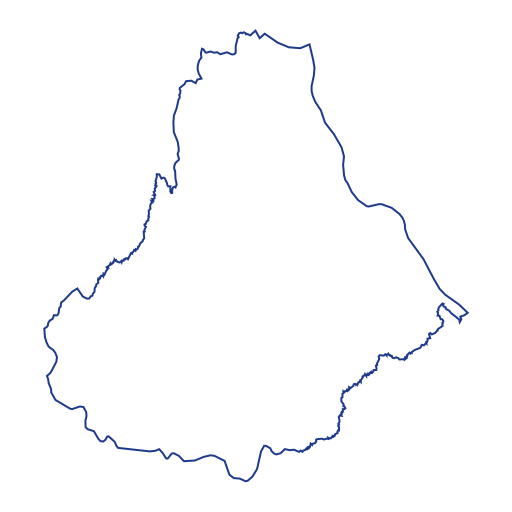 outline of Don Tan, Mukdahan, Thailand
{"feature_id": "78962969B20953711752663", "entity_name": "Don Tan", "entity_type": "district", "adm_level": 2, "iso_a3": "THA", "parent_name": "Thailand", "parent_adm1": "Mukdahan", "projection": "equal_earth", "projection_center": [104.826, 16.311], "detail": "fine", "context": "isolated", "style": "outline", "palette": "blue", "viewbox_px": 512, "rotation_deg": 0, "n_neighbors": 0, "source": "geoboundaries", "source_scale": "gbopen_adm2", "svg_char_len": 6012}
<svg xmlns="http://www.w3.org/2000/svg" viewBox="0 0 512 512"><path d="M467.7,312.8L459.0,304.5L445.2,294.7L439.7,289.0L433.9,279.1L423.5,259.2L408.1,238.0L405.2,229.5L404.9,225.0L404.0,221.1L402.6,218.0L399.5,214.0L391.6,207.8L381.6,204.2L378.7,204.2L368.8,206.5L366.8,206.2L358.2,200.2L351.7,192.0L347.3,182.6L345.5,180.4L344.1,175.7L343.1,164.9L344.0,156.4L341.5,147.2L334.0,134.3L325.0,122.6L320.9,110.4L315.3,101.9L312.8,96.0L311.6,91.0L311.6,86.1L313.9,75.3L314.5,67.9L313.1,59.6L309.5,44.4L300.3,48.2L288.8,47.3L277.8,42.7L264.7,33.7L259.7,38.2L255.5,30.7L250.2,35.4L247.5,34.0L246.0,34.3L245.6,33.1L243.7,32.3L242.4,33.2L240.9,32.6L239.1,33.3L237.7,35.7L238.7,37.2L237.6,38.1L235.7,46.1L235.7,52.7L234.1,54.3L231.8,54.4L227.0,52.3L220.3,54.2L217.3,52.3L214.0,52.7L210.7,51.5L206.3,52.7L205.3,52.2L203.5,49.4L202.0,48.8L200.9,53.4L201.4,57.6L199.3,60.5L198.5,62.8L197.8,65.2L197.6,69.2L198.7,73.5L201.5,78.6L197.3,79.6L195.7,83.1L191.3,80.7L186.0,81.2L184.7,84.0L179.9,87.8L179.6,89.3L180.5,90.7L180.1,93.6L179.2,95.0L179.8,96.3L179.5,98.2L178.5,99.6L176.6,108.3L173.9,115.6L173.4,122.2L173.8,132.1L177.8,142.1L178.7,148.4L178.7,151.0L177.6,154.0L178.9,158.5L178.8,159.8L175.5,162.9L174.2,166.2L174.2,168.8L175.1,171.0L175.5,178.8L176.7,184.3L175.5,187.4L174.6,186.7L173.1,187.3L172.2,189.7L172.2,192.9L171.3,193.1L170.3,191.5L170.4,186.3L168.4,186.4L167.5,185.5L166.9,182.9L164.8,178.3L163.3,177.6L161.4,178.6L159.3,174.4L156.8,174.2L156.8,176.9L155.5,181.4L156.3,182.8L155.4,184.0L156.4,185.6L155.4,185.9L156.1,186.9L154.7,188.5L155.1,190.8L153.7,192.0L154.9,194.5L153.7,195.1L154.9,195.6L154.3,196.2L154.6,198.0L153.8,199.0L152.2,199.0L153.5,201.0L152.7,201.8L151.6,201.3L152.3,202.6L150.9,203.4L150.1,206.3L150.5,208.7L148.7,210.7L148.9,214.8L148.3,216.1L149.0,216.9L148.2,218.7L148.4,220.4L146.6,221.3L145.8,223.9L144.5,224.4L144.6,225.6L145.9,226.9L144.3,230.1L144.7,231.5L143.7,231.8L144.2,238.3L142.8,240.1L142.7,241.2L140.3,243.3L139.0,246.5L138.1,246.6L137.8,248.6L136.3,249.7L135.7,249.3L135.4,250.8L134.2,250.0L133.1,252.2L131.7,252.8L131.9,253.7L130.8,253.4L128.0,259.2L127.1,258.2L125.5,258.5L125.4,259.3L124.2,259.1L123.7,260.7L122.2,260.4L121.7,262.1L121.3,261.1L119.7,262.5L116.8,261.5L116.2,260.2L115.6,260.7L114.8,259.7L114.8,260.6L113.9,260.5L113.3,262.7L112.6,262.6L111.6,264.3L110.9,264.5L110.4,263.5L109.7,265.2L107.6,266.5L108.2,267.6L106.8,267.5L107.6,269.3L106.2,270.8L104.5,274.6L103.5,273.7L103.3,275.9L102.9,275.2L101.9,276.2L101.2,275.7L100.3,276.7L100.1,278.3L98.6,278.3L98.8,279.3L98.1,279.3L98.0,280.2L98.3,282.8L96.2,284.5L96.2,285.9L94.7,288.0L94.5,291.7L92.9,293.8L92.3,295.8L90.7,296.3L89.2,298.5L87.0,298.6L82.9,296.6L77.3,288.5L72.2,291.7L64.0,300.4L61.2,302.4L60.6,306.7L59.3,308.0L58.6,313.0L57.7,314.8L56.6,315.5L54.0,315.1L52.6,318.9L49.7,320.6L48.1,323.2L47.8,325.6L47.0,326.8L44.3,328.6L44.9,337.0L46.6,342.6L48.7,346.7L53.1,349.9L55.2,352.6L57.0,357.1L56.3,361.8L51.9,370.3L50.4,372.9L47.0,375.9L48.0,378.6L48.8,383.4L51.0,388.8L51.3,392.5L55.5,400.0L70.0,408.6L72.1,409.1L79.8,406.5L83.4,407.0L86.2,412.0L86.5,416.1L85.4,420.8L85.6,427.1L87.6,429.2L93.9,431.2L98.2,438.6L100.5,441.2L103.2,441.5L105.5,439.7L107.2,436.6L108.6,436.3L114.9,442.0L116.2,445.5L118.1,447.9L149.8,451.4L155.2,450.8L159.2,449.2L162.7,453.0L166.1,458.4L167.7,458.6L171.7,453.5L173.9,453.3L178.9,455.9L184.0,461.2L194.9,460.5L204.0,456.8L210.5,455.3L214.4,455.8L224.6,460.9L229.4,474.7L233.8,478.1L239.8,478.6L245.8,481.3L247.8,480.7L252.4,476.6L256.4,470.2L257.3,468.0L261.0,451.5L264.2,445.8L266.1,445.9L270.3,448.3L271.6,451.2L274.4,453.7L276.3,454.4L280.6,453.2L284.9,449.1L289.9,450.2L293.9,449.7L299.1,451.9L300.6,450.6L302.5,451.8L303.2,450.5L305.1,450.1L306.0,448.8L306.7,449.2L307.1,448.2L307.6,448.8L308.2,448.1L307.6,447.8L308.0,446.9L308.9,446.8L309.2,447.8L310.0,446.8L310.7,443.7L312.1,444.9L312.4,443.8L314.9,443.3L316.2,441.5L316.1,439.7L317.0,439.2L321.7,438.7L324.2,439.5L326.5,438.6L328.0,438.9L328.1,437.9L328.9,438.8L329.4,438.2L330.9,438.3L332.8,435.7L333.6,435.8L333.6,436.6L334.6,436.0L335.1,434.2L337.6,433.0L337.4,431.9L338.1,430.4L339.0,430.5L339.1,427.1L338.3,426.4L338.4,424.9L339.0,424.6L338.4,423.7L339.2,422.8L339.5,420.8L338.8,416.8L339.9,415.5L341.6,415.8L340.9,414.4L341.6,414.0L341.4,412.7L342.3,412.5L342.0,411.7L342.9,411.4L342.8,409.1L344.5,409.1L345.4,408.2L344.4,406.4L343.4,406.3L343.6,404.3L341.4,401.4L341.3,398.0L342.5,397.1L342.4,393.9L343.3,393.3L343.4,391.7L343.9,392.4L344.5,392.2L344.4,391.3L346.7,391.0L346.9,390.2L347.4,390.8L347.9,389.7L348.5,390.3L349.3,389.6L349.1,387.2L350.6,388.0L353.4,385.8L353.7,384.3L354.9,383.9L356.0,384.2L356.1,384.9L357.1,384.2L357.4,384.7L358.2,382.5L359.2,382.3L360.0,380.8L360.8,381.8L360.8,380.4L362.9,377.1L362.6,376.4L364.3,375.5L365.0,374.0L366.2,375.8L366.2,375.1L367.9,375.1L367.6,374.3L368.3,374.4L368.3,373.7L369.4,374.2L369.8,372.8L371.0,371.9L371.1,373.0L371.9,373.1L373.3,371.5L373.6,370.1L376.3,370.0L376.5,368.1L375.9,365.7L377.2,365.0L376.9,363.8L379.3,358.8L378.6,356.7L379.7,355.2L383.8,355.6L385.4,354.2L386.3,355.2L386.2,354.5L387.6,354.6L388.3,353.7L389.0,354.9L390.0,355.1L390.3,354.4L390.4,355.9L391.9,356.0L392.1,357.3L392.8,357.9L394.3,358.2L396.0,357.3L398.3,358.1L399.3,359.5L403.6,359.2L404.3,359.9L405.8,358.7L405.1,358.6L405.0,357.3L406.6,356.7L406.8,355.9L407.2,356.3L407.7,354.4L409.5,352.7L410.3,353.6L411.1,352.7L411.8,353.0L412.0,351.9L414.7,350.0L420.3,347.8L421.8,344.8L423.9,345.4L425.9,343.2L426.4,343.6L426.2,342.2L426.9,342.3L427.6,340.2L427.5,338.7L430.2,338.2L429.0,334.2L429.5,333.4L430.4,333.1L431.8,334.4L435.2,333.0L436.9,330.7L437.6,330.6L437.8,329.2L442.6,325.9L442.3,324.2L442.8,323.5L442.5,322.5L443.3,321.7L443.1,320.5L442.1,319.2L440.7,319.2L439.4,315.7L437.6,315.7L438.0,312.8L437.3,311.8L438.5,310.3L438.2,309.4L438.9,307.4L442.4,303.5L443.5,304.0L442.5,304.7L443.8,306.6L445.7,307.3L445.8,308.8L449.3,310.8L450.8,312.8L459.2,319.5L459.8,322.1L461.3,319.2L460.3,316.6L464.5,315.2L467.7,312.8Z" fill="none" stroke="#1e3a8a" stroke-width="2"/></svg>